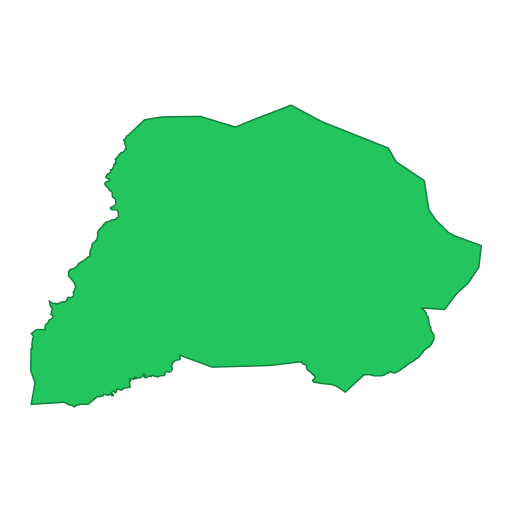 the district of Bayanzu'rx, Hövsgöl, Mongolia
{"feature_id": "93677404B62399771295539", "entity_name": "Bayanzu'rx", "entity_type": "district", "adm_level": 2, "iso_a3": "MNG", "parent_name": "Mongolia", "parent_adm1": "Hövsgöl", "projection": "robinson", "projection_center": [98.395, 50.238], "detail": "fine", "context": "isolated", "style": "filled", "palette": "green", "viewbox_px": 512, "rotation_deg": 0, "n_neighbors": 0, "source": "geoboundaries", "source_scale": "gbopen_adm2", "svg_char_len": 5957}
<svg xmlns="http://www.w3.org/2000/svg" viewBox="0 0 512 512"><path d="M455.8,236.3L448.5,232.6L435.5,219.6L428.8,209.7L424.3,180.7L396.1,161.7L388.3,148.1L321.7,121.6L291.1,105.2L258.4,117.7L235.4,127.1L200.3,116.4L162.1,116.9L144.5,119.8L128.0,135.5L127.5,135.5L126.7,136.0L126.1,137.1L125.9,138.2L125.5,138.7L124.0,139.5L123.6,140.1L123.7,140.7L124.9,141.6L125.0,141.9L124.6,142.9L124.6,143.4L125.6,145.5L126.1,147.9L125.8,148.7L125.3,148.7L124.9,150.6L123.3,151.8L123.0,152.3L120.9,152.8L120.4,153.5L118.8,154.9L118.6,155.4L118.8,155.8L118.6,156.6L117.1,157.2L116.6,158.2L115.5,158.6L115.2,159.4L116.1,160.1L116.0,160.6L115.3,162.1L115.3,162.5L116.0,163.6L115.9,163.8L114.6,163.9L114.2,164.2L113.9,164.7L113.3,167.3L112.7,168.3L112.5,169.1L112.2,169.4L111.7,169.7L110.5,169.8L110.9,170.6L110.8,171.1L110.2,172.3L109.4,173.1L107.5,174.1L105.8,176.8L106.3,177.9L109.4,179.1L109.6,179.3L109.7,180.4L107.4,181.6L106.0,181.8L105.0,183.1L104.8,184.0L105.2,184.8L106.5,186.7L108.5,188.1L108.6,188.9L108.8,189.2L110.2,190.8L111.5,191.6L112.0,192.5L112.5,193.0L112.2,195.2L112.5,196.6L113.0,197.4L115.1,198.8L115.7,199.5L115.7,201.1L116.0,201.9L115.6,203.3L115.7,204.2L115.5,204.8L113.2,206.5L111.7,207.0L110.8,207.6L110.5,207.9L110.6,208.7L110.8,209.1L111.8,209.7L113.4,209.9L116.7,209.7L117.5,210.3L117.9,211.2L118.4,213.8L118.3,216.1L118.6,216.8L118.5,217.3L116.2,218.4L115.1,219.5L111.9,219.9L108.7,221.7L107.3,221.6L106.2,222.0L105.8,222.6L105.1,223.0L104.7,223.8L103.5,224.3L103.3,224.6L103.3,225.4L103.0,225.8L102.8,226.3L101.5,227.0L100.3,228.6L98.7,230.1L98.5,231.0L98.0,231.6L97.8,232.6L97.4,233.4L97.9,234.9L97.9,235.2L97.5,235.8L97.7,236.4L97.3,237.3L97.3,238.0L97.0,238.6L97.1,239.1L97.0,239.5L96.8,239.8L96.1,240.2L95.6,241.0L94.8,241.5L94.6,242.0L93.2,242.9L92.1,244.7L91.8,245.0L91.9,245.6L91.7,246.4L91.8,247.2L91.4,248.2L91.4,248.8L90.7,249.4L90.8,249.9L90.4,250.3L90.5,251.2L90.2,251.8L90.3,252.1L90.0,252.5L90.1,252.9L90.0,253.2L90.1,253.5L89.9,253.8L90.2,254.1L90.0,254.5L90.1,255.2L89.8,256.2L88.7,256.9L87.9,257.1L86.3,258.7L85.8,258.9L85.3,259.5L83.7,260.5L83.3,260.9L82.9,261.0L81.9,261.8L80.5,262.3L80.0,262.9L79.4,263.1L79.1,263.6L78.7,263.6L78.3,264.1L77.0,266.1L75.1,267.7L73.5,268.6L70.8,269.3L69.6,270.2L68.8,271.4L68.6,271.9L68.6,272.4L68.8,273.1L68.3,275.4L74.3,282.8L74.8,284.8L75.8,285.9L75.3,287.7L74.7,289.0L74.4,290.7L73.3,292.0L73.5,294.3L73.3,296.3L72.7,296.7L70.8,297.6L68.7,297.3L67.6,297.5L67.5,298.3L66.9,299.9L66.3,300.9L64.6,302.0L62.2,301.8L60.3,302.6L58.4,303.7L56.1,303.9L55.0,303.3L53.3,303.5L51.9,303.0L49.5,301.3L50.3,304.9L50.0,305.5L50.0,305.8L51.0,307.1L52.0,307.9L52.5,308.6L52.5,308.9L51.8,310.4L51.5,311.3L51.8,313.0L51.4,313.8L50.8,314.4L51.9,314.8L53.3,316.1L53.0,317.2L51.5,318.4L50.8,319.3L49.1,320.1L48.2,322.4L46.1,324.3L45.1,326.1L44.9,326.8L45.4,329.7L43.0,329.5L37.5,329.6L36.0,330.1L33.9,331.4L31.3,333.8L33.4,335.7L33.2,337.5L32.5,338.7L32.5,340.3L32.7,341.3L32.3,341.6L31.9,344.5L31.9,345.4L32.4,348.1L31.1,348.5L30.7,370.5L35.0,382.8L31.2,404.3L60.7,402.5L63.1,402.1L64.3,402.4L65.5,402.9L66.7,403.0L67.2,404.0L68.0,404.6L70.2,404.9L71.1,405.4L72.7,405.7L73.5,406.5L74.1,406.8L74.6,406.7L75.6,406.2L76.6,405.1L77.3,404.8L78.9,404.9L80.2,404.4L81.9,404.2L84.7,404.4L86.1,404.1L87.8,404.3L89.0,403.7L91.1,401.4L92.5,401.0L93.4,399.7L95.1,398.7L96.7,396.8L97.6,396.7L99.4,396.8L100.9,396.2L102.7,396.0L103.2,395.5L103.6,394.8L105.0,394.4L107.5,395.1L109.3,394.9L110.2,394.3L110.9,394.2L111.4,394.4L111.7,395.6L112.3,395.9L113.0,395.6L113.3,395.2L113.2,394.6L113.0,394.2L111.3,393.3L111.3,392.8L111.4,392.5L112.8,391.5L113.9,391.1L114.5,391.5L114.8,392.6L115.0,392.8L115.6,392.7L116.1,392.2L116.6,390.9L116.6,390.5L116.3,389.3L116.5,388.9L117.0,388.9L120.4,389.9L121.2,390.0L122.5,389.6L123.1,389.1L123.3,388.6L123.7,388.3L124.4,388.2L125.6,387.7L127.1,387.8L128.4,387.4L129.8,387.3L130.3,386.8L129.8,385.9L129.9,384.0L129.4,383.2L129.3,382.3L129.3,382.0L129.7,381.6L130.3,381.3L130.8,380.8L129.5,379.6L129.4,379.3L129.6,378.7L130.7,378.6L133.4,379.4L134.1,378.6L134.3,377.3L134.9,377.1L135.5,377.3L135.1,378.6L135.7,378.8L137.3,377.9L139.7,377.9L140.4,377.7L141.2,377.2L142.1,376.2L143.2,375.3L143.3,374.2L144.1,373.9L144.9,374.4L145.1,374.7L145.2,375.3L145.1,375.6L144.0,376.5L144.1,377.1L144.7,377.4L146.6,377.6L147.0,377.3L147.2,376.6L147.7,376.3L149.1,376.2L151.3,376.6L151.4,376.4L151.4,375.9L151.9,375.4L153.0,375.5L154.7,376.3L156.5,376.4L157.5,376.7L157.6,376.9L161.1,375.5L162.4,375.7L163.8,375.6L165.0,374.4L164.9,373.2L165.4,372.5L166.5,371.7L167.1,371.5L168.9,372.1L170.7,371.6L171.5,370.9L172.0,369.1L172.4,368.2L172.4,367.8L171.1,366.5L171.8,365.6L171.9,364.7L172.5,363.8L172.5,363.4L173.0,362.1L174.6,361.4L175.3,360.6L177.1,359.9L179.2,359.8L180.0,359.3L180.3,358.6L179.8,357.8L179.9,357.2L180.0,355.3L212.2,367.1L269.9,365.5L301.4,361.7L301.7,362.6L302.3,363.3L303.2,364.0L304.2,364.2L305.8,364.9L306.4,365.4L306.6,366.2L306.5,367.2L306.6,368.0L306.9,368.9L307.2,369.6L308.4,370.6L309.2,371.0L310.0,371.9L310.7,372.3L312.9,374.7L314.4,375.8L314.8,376.4L315.1,377.0L315.0,378.0L314.2,378.9L313.1,379.6L312.9,379.9L312.6,380.9L313.2,381.7L314.1,382.1L321.2,383.4L330.8,384.4L334.2,385.2L339.1,387.7L345.2,392.1L364.2,374.8L369.9,374.6L374.0,375.8L381.1,375.8L384.2,375.1L385.9,373.9L389.1,372.5L390.5,371.5L391.2,372.3L391.6,372.4L394.0,372.8L395.1,372.9L395.8,372.7L397.2,371.6L399.7,370.6L403.0,367.9L405.0,366.9L405.8,366.3L406.4,365.6L409.6,363.3L411.3,362.3L413.0,361.5L415.7,359.2L419.3,356.8L419.7,355.8L420.4,355.4L420.9,354.4L422.7,352.6L423.4,350.9L427.8,347.5L429.3,347.0L430.7,345.3L431.5,344.3L434.2,338.3L433.7,334.8L431.1,330.7L430.8,329.8L430.9,328.1L430.8,327.0L430.3,326.3L429.7,325.8L429.4,324.9L428.4,318.6L428.3,317.3L427.6,316.2L427.0,316.0L426.0,314.7L426.2,313.1L426.1,312.5L425.7,312.0L423.4,309.5L421.9,308.3L421.0,307.9L444.7,309.5L456.9,293.3L467.9,283.5L478.8,267.3L481.3,245.7L455.8,236.3Z" fill="#22c55e" stroke="#15803d" stroke-width="1.5"/></svg>